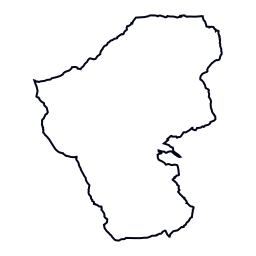 Stroesti, Vâlcea, Romania
{"feature_id": "2599482B70432473939661", "entity_name": "Stroesti", "entity_type": "district", "adm_level": 2, "iso_a3": "ROU", "parent_name": "Romania", "parent_adm1": "Vâlcea", "projection": "equal_earth", "projection_center": [23.929, 45.07], "detail": "fine", "context": "isolated", "style": "outline", "palette": "ink", "viewbox_px": 256, "rotation_deg": 0, "n_neighbors": 0, "source": "geoboundaries", "source_scale": "gbopen_adm2", "svg_char_len": 5780}
<svg xmlns="http://www.w3.org/2000/svg" viewBox="0 0 256 256"><path d="M115.2,240.0L116.2,240.3L118.8,240.6L121.4,239.2L124.3,239.1L125.4,238.5L125.9,237.9L133.1,238.1L140.6,238.1L144.7,237.7L145.7,237.8L147.6,237.6L150.2,236.7L151.9,235.8L155.7,235.6L156.8,234.9L156.9,235.2L157.1,235.1L159.5,233.7L160.8,233.8L161.6,233.3L162.6,231.8L164.9,230.6L165.6,230.8L167.2,234.4L169.2,236.6L169.6,236.7L170.1,235.0L170.2,234.4L173.3,231.2L177.0,230.5L178.2,229.9L181.6,227.0L182.4,227.2L183.0,226.9L183.6,227.0L183.8,226.9L184.0,225.7L185.6,224.8L186.9,222.3L187.9,221.8L189.0,220.6L189.2,219.9L189.6,219.6L189.8,218.9L190.7,217.7L191.9,217.2L192.4,212.9L192.8,211.4L192.8,209.5L193.4,208.9L193.6,207.3L192.9,206.8L190.3,206.2L187.3,203.3L186.5,203.1L186.9,202.3L186.4,201.1L185.5,200.0L185.2,199.3L184.3,198.8L184.0,198.4L184.3,197.7L182.9,197.1L181.2,195.2L179.9,194.1L178.8,192.5L178.4,192.3L178.2,191.5L179.2,190.5L179.5,189.8L178.6,188.8L178.8,186.0L178.1,185.3L177.3,185.0L176.6,183.0L175.8,182.5L174.8,181.4L172.8,180.0L172.7,179.5L174.8,177.9L174.3,177.4L174.5,177.1L175.5,176.8L176.1,176.3L176.5,175.6L178.1,175.4L179.0,174.9L178.4,169.7L177.7,166.1L176.9,165.0L174.3,164.6L173.1,165.0L171.1,165.0L169.8,164.4L168.3,164.0L165.9,164.7L164.5,162.9L161.4,161.0L159.4,160.2L158.6,159.4L158.0,158.2L157.7,156.8L157.8,155.2L157.6,154.7L160.5,153.0L160.9,153.5L161.4,153.2L161.3,152.3L160.8,151.8L160.2,151.5L158.7,151.5L158.6,150.4L162.5,151.7L163.0,151.5L164.1,151.6L165.8,152.8L166.5,152.8L168.3,151.7L171.1,151.3L172.7,152.4L174.0,153.7L177.4,156.1L179.4,157.0L180.3,156.8L178.3,154.8L174.2,151.9L173.6,151.2L173.2,150.4L173.0,148.2L172.6,147.5L171.7,147.4L170.7,146.7L170.4,146.7L168.9,145.1L163.9,143.5L168.1,140.0L167.3,139.1L170.9,136.0L171.6,135.9L172.1,136.6L176.4,136.6L177.1,137.7L178.0,137.2L180.1,136.9L180.9,136.3L183.6,132.3L185.9,132.3L189.5,130.2L192.1,127.8L192.4,127.8L192.2,129.1L194.9,130.2L195.6,130.1L196.2,129.7L197.0,128.0L200.0,127.8L201.2,127.4L202.1,126.6L202.8,126.4L203.7,126.9L204.3,126.5L204.9,125.7L208.7,124.6L210.1,123.4L210.4,122.1L213.7,120.8L215.1,119.7L215.4,119.3L215.4,118.4L215.2,116.2L214.3,115.4L214.1,114.6L213.2,113.6L212.5,112.5L211.9,111.1L211.8,110.0L211.3,108.9L210.9,107.4L210.6,103.8L211.0,102.1L211.0,101.1L210.1,98.8L208.8,96.9L209.2,94.3L208.5,91.5L208.9,90.1L208.0,89.2L206.0,88.2L205.6,87.8L204.9,84.8L204.0,83.4L203.6,82.4L202.1,80.6L200.3,79.4L200.3,77.6L200.8,76.0L202.3,73.9L204.9,72.6L206.5,72.1L207.4,71.4L207.5,70.9L207.2,69.6L208.2,67.5L209.2,66.6L210.0,65.3L210.8,64.6L211.7,63.3L213.6,62.0L214.5,61.1L216.1,60.2L216.8,60.0L217.7,60.2L219.3,59.6L220.0,57.9L219.9,57.4L220.4,56.4L220.6,55.3L221.5,54.5L221.7,52.9L221.7,52.3L221.2,51.0L221.3,49.2L220.1,45.7L220.3,44.1L219.7,43.0L220.1,41.0L219.7,39.6L220.1,39.0L219.4,37.7L219.4,37.3L219.7,36.4L219.1,36.0L219.0,35.0L218.8,34.8L218.5,33.8L218.4,32.0L218.6,31.2L217.0,30.4L216.4,30.6L215.8,31.1L215.5,29.3L214.4,28.8L213.5,27.1L211.3,26.7L209.4,27.4L209.3,26.9L208.9,26.7L207.3,26.8L206.7,26.6L206.4,26.3L206.1,24.7L205.0,21.5L203.7,20.2L202.7,17.2L202.8,16.3L201.3,16.1L200.2,16.3L195.0,16.7L188.5,16.5L187.5,16.6L187.0,16.8L184.6,15.8L184.6,15.5L183.4,15.4L182.4,15.7L182.0,15.5L181.8,15.6L181.7,15.9L181.1,15.9L181.4,16.2L181.3,16.7L180.2,16.9L180.6,16.4L180.1,16.3L179.7,16.8L177.3,17.5L174.0,16.6L169.0,16.4L167.4,16.0L167.2,16.5L166.6,17.1L165.2,17.3L163.7,16.5L162.6,16.3L160.2,15.5L158.3,15.8L157.9,16.3L155.7,15.5L151.9,15.4L150.3,15.4L147.6,16.4L144.3,17.1L135.9,17.6L133.1,21.2L132.2,23.7L131.6,23.7L131.7,22.9L131.4,22.9L130.9,24.3L130.4,24.9L128.2,26.2L127.3,26.1L126.7,27.4L126.8,27.9L126.7,28.6L126.9,29.2L126.9,29.7L124.8,31.3L124.2,32.2L123.4,34.1L122.2,34.4L121.7,34.1L118.9,35.9L118.1,36.7L117.5,36.8L117.1,38.2L114.2,38.9L112.3,40.2L111.2,40.3L109.8,41.4L109.1,42.2L107.8,42.8L107.3,43.8L107.3,44.2L106.7,45.0L106.4,45.3L105.2,45.6L104.5,46.1L103.2,47.6L102.4,49.3L101.9,49.6L101.5,50.5L100.8,51.2L100.2,53.6L100.3,54.1L97.3,56.3L95.8,58.6L95.2,59.0L93.6,59.3L90.5,58.4L89.6,58.5L88.2,59.7L87.2,61.7L85.0,63.7L83.3,66.3L81.6,67.6L80.6,69.2L77.6,68.6L77.4,67.7L75.7,67.0L73.6,67.0L71.8,67.3L71.5,68.4L69.4,70.4L65.3,71.8L63.7,73.0L62.7,74.6L61.3,75.2L60.5,75.9L56.0,77.3L51.9,78.2L50.5,79.5L47.1,79.9L44.5,80.9L40.5,81.4L38.8,82.0L37.6,81.5L35.9,81.6L35.3,80.7L34.3,80.4L35.8,84.8L36.5,86.2L37.5,90.3L37.4,92.2L36.6,95.4L36.4,96.6L37.6,97.4L38.4,97.4L39.3,98.4L39.4,99.3L39.9,100.0L41.1,101.3L42.4,102.3L43.8,102.9L44.1,103.8L44.1,104.8L44.3,105.4L46.7,107.7L47.8,112.2L47.5,112.5L47.0,113.7L45.4,114.6L44.9,116.0L44.2,117.2L43.9,118.2L42.4,119.6L42.0,120.5L42.0,120.8L42.2,121.3L41.9,124.9L42.4,125.4L42.4,126.3L42.6,126.6L42.6,127.0L43.1,127.6L42.9,127.9L43.1,128.6L42.5,129.1L42.9,129.0L43.0,129.5L43.4,129.9L43.2,132.5L43.7,132.8L45.0,134.8L47.6,137.3L48.0,138.1L48.9,138.9L53.8,146.8L54.4,147.5L54.7,148.2L56.1,149.9L57.7,151.3L59.4,152.4L63.1,153.3L63.2,153.8L64.8,154.8L65.1,155.3L66.8,156.1L67.2,155.9L70.7,156.9L73.0,157.2L74.0,157.0L75.1,157.3L76.1,156.8L76.6,156.8L76.7,157.5L76.2,158.6L76.4,159.7L78.3,162.4L79.3,166.1L80.5,168.2L80.9,169.7L81.8,171.4L84.5,176.3L85.6,177.7L86.0,180.2L87.3,182.7L89.4,185.2L89.3,186.3L89.0,187.4L89.0,188.1L88.5,189.6L88.8,191.2L88.5,191.9L88.6,193.1L89.1,194.6L90.8,196.4L91.0,196.9L90.8,197.9L91.2,198.8L92.2,199.8L92.2,201.0L93.7,201.8L94.0,202.1L93.9,204.0L94.5,204.2L95.4,204.1L96.2,204.8L97.5,205.1L98.8,206.3L99.8,206.5L101.3,206.5L101.6,207.5L101.5,208.0L101.7,208.5L101.4,209.8L101.9,210.1L104.1,213.4L104.5,215.1L104.3,216.3L105.6,218.3L106.7,218.6L107.2,219.3L107.2,220.9L106.9,222.3L106.6,222.8L103.9,224.8L104.0,225.3L104.3,225.9L104.2,226.4L104.6,228.1L106.6,231.0L109.2,233.5L110.3,234.8L111.2,235.3L112.2,237.0L114.4,239.4L115.2,240.0Z" fill="none" stroke="#020617" stroke-width="2"/></svg>